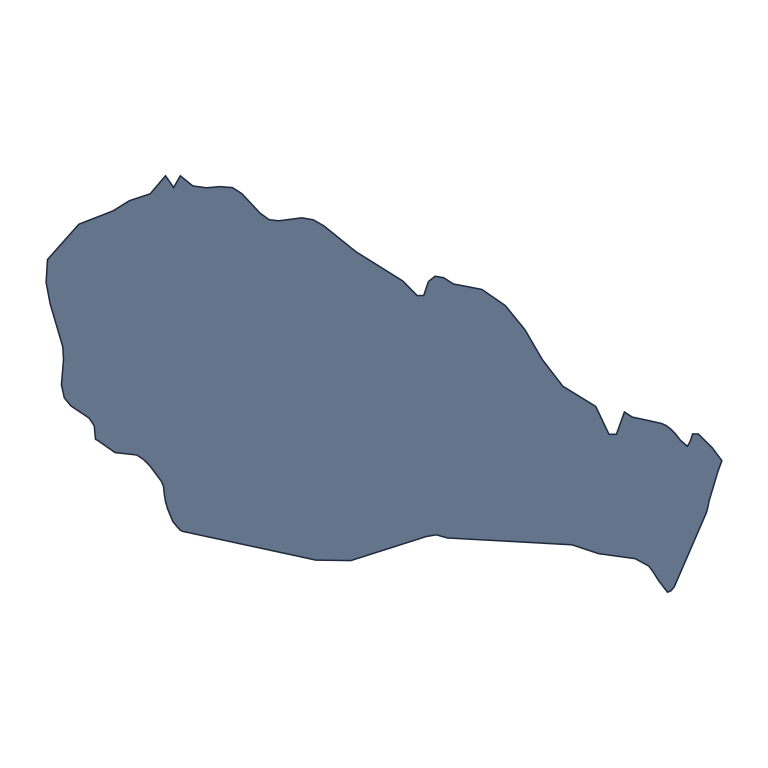 SVG path tracing the border of Medimurska
{"feature_id": "HRV-1609", "entity_name": "Medimurska", "entity_type": "County", "adm_level": 1, "iso_a3": "HRV", "parent_name": "Croatia", "parent_adm1": "", "projection": "albers", "projection_center": [16.526, 46.414], "detail": "fine", "context": "isolated", "style": "filled", "palette": "slate", "viewbox_px": 768, "rotation_deg": 0, "n_neighbors": 0, "source": "natural_earth", "source_scale": "10m", "svg_char_len": 1293}
<svg xmlns="http://www.w3.org/2000/svg" viewBox="0 0 768 768"><path d="M349.9,246.9L356.2,251.9L402.8,281.0L417.2,295.6L423.7,295.5L428.4,281.6L435.1,276.2L443.6,277.7L453.3,283.9L482.0,289.5L505.3,305.6L525.0,329.8L542.4,359.7L562.8,386.2L595.8,406.5L609.0,434.3L616.4,434.3L624.4,412.0L632.1,417.0L661.3,423.4L666.1,425.5L670.9,429.2L675.5,433.9L680.2,440.0L687.4,446.3L690.3,441.1L692.6,433.9L698.3,434.0L712.2,447.7L721.9,460.7L717.9,471.6L709.1,501.0L707.6,508.6L706.4,512.7L674.3,586.8L671.0,590.8L667.5,592.2L658.7,580.8L652.8,571.4L648.7,566.0L635.3,558.7L598.7,553.7L571.9,544.8L447.6,538.0L436.2,534.8L426.0,536.6L350.8,560.6L315.8,560.1L183.2,531.5L180.5,530.4L177.4,527.1L172.8,521.5L167.7,509.2L165.5,501.6L164.3,494.5L163.8,489.2L163.4,486.1L161.4,481.3L149.8,465.8L144.1,460.0L136.9,455.0L115.1,452.6L97.3,440.2L95.5,439.3L94.2,425.7L89.2,418.2L70.9,405.9L64.3,397.9L61.4,384.8L63.5,359.6L62.8,346.9L50.1,303.7L46.1,282.3L46.7,272.7L47.5,259.5L75.7,227.8L78.9,224.2L112.9,210.9L119.5,206.8L129.4,200.7L150.2,193.8L161.3,180.7L165.5,175.8L173.2,186.8L173.6,187.5L180.3,175.8L192.8,185.9L206.5,187.8L220.2,186.6L232.4,187.6L242.0,193.8L260.1,213.2L269.2,219.7L278.5,220.8L301.9,217.8L313.3,219.8L323.9,225.9L349.9,246.9Z" fill="#64748b" stroke="#1e293b" stroke-width="1.5"/></svg>